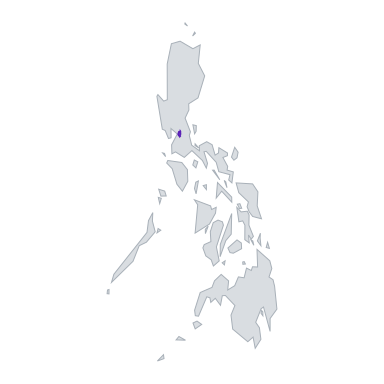 NCR, Second District, Quezon City, Philippines shown in context
{"feature_id": "2640588B12869096786612", "entity_name": "NCR, Second District", "entity_type": "district", "adm_level": 2, "iso_a3": "PHL", "parent_name": "Philippines", "parent_adm1": "Quezon City", "projection": "equal_earth", "projection_center": [121.081, 14.655], "detail": "fine", "context": "in_parent", "style": "filled", "palette": "violet", "viewbox_px": 384, "rotation_deg": 0, "n_neighbors": 0, "source": "geoboundaries", "source_scale": "gbopen_adm2", "svg_char_len": 4878}
<svg xmlns="http://www.w3.org/2000/svg" viewBox="0 0 384 384"><path d="M180.1,41.2L192.9,48.7L200.2,44.9L198.3,63.4L204.7,75.9L198.0,97.9L188.7,103.8L188.9,110.0L185.1,118.1L190.4,131.8L189.3,135.5L191.7,145.2L199.5,150.8L199.3,145.7L206.7,141.7L212.1,144.7L215.1,155.1L218.5,153.0L218.9,147.7L227.5,153.0L227.4,155.7L222.9,157.5L227.7,166.4L227.1,170.1L233.3,171.9L231.9,182.9L228.7,180.0L230.0,174.7L218.8,171.7L216.2,162.3L206.2,151.3L204.0,151.8L207.5,163.4L206.3,168.1L202.4,160.5L191.9,150.6L184.3,157.4L175.5,151.9L171.9,153.8L171.6,144.8L177.3,134.0L171.0,128.5L171.1,137.8L168.5,138.5L165.2,130.5L162.3,129.2L156.9,96.3L157.9,94.6L163.7,101.1L167.3,99.7L167.2,64.0L171.4,43.7L180.1,41.2ZM257.0,249.4L269.8,260.8L271.8,268.5L269.0,277.0L273.0,279.7L274.6,286.3L276.9,309.1L270.1,318.5L270.1,331.4L263.5,307.0L261.1,308.7L255.7,322.3L259.4,327.7L260.9,339.3L255.2,348.3L253.1,337.1L247.8,341.7L232.7,329.1L231.0,315.1L234.9,305.5L225.4,295.5L222.3,295.7L220.5,305.3L215.3,298.3L210.8,302.4L209.9,297.8L206.8,296.8L198.5,316.2L195.3,315.7L194.6,310.2L200.2,292.5L212.0,287.4L214.5,280.8L221.2,274.4L228.6,280.9L227.7,290.0L234.7,285.7L238.4,276.9L244.1,277.8L246.5,268.1L251.3,270.5L252.5,266.8L257.6,267.0L257.0,249.4ZM219.2,260.9L213.4,266.0L211.2,259.8L205.8,255.9L202.9,247.9L204.2,244.6L210.9,241.6L210.3,231.7L213.2,222.7L218.0,220.1L222.4,221.8L223.4,225.2L216.4,246.9L219.2,260.9ZM252.6,183.9L257.9,191.8L257.2,205.9L261.5,218.8L252.7,216.5L249.2,211.9L247.1,206.8L248.4,201.9L238.8,192.7L236.1,182.9L252.6,183.9ZM194.4,199.8L210.6,205.9L211.6,209.5L216.2,207.3L215.5,213.2L209.4,224.1L195.1,233.1L197.7,204.8L194.4,199.8ZM133.0,261.3L111.5,282.4L113.9,274.2L147.0,232.4L148.5,220.6L152.8,212.6L152.4,221.1L155.2,231.8L146.4,242.2L139.2,245.7L133.0,261.3ZM167.8,160.5L181.8,162.5L187.4,169.6L187.8,181.3L182.4,191.2L176.9,184.2L172.2,168.7L166.7,163.0L167.8,160.5ZM241.1,211.9L247.3,211.2L249.1,215.0L248.9,225.1L253.4,236.4L251.2,239.2L248.5,235.0L249.2,242.9L244.8,239.7L244.9,225.2L242.7,220.9L238.9,221.8L236.8,207.3L241.1,211.9ZM220.1,256.7L220.3,244.4L231.7,213.5L231.2,234.2L225.8,240.6L220.1,256.7ZM241.6,248.7L233.3,253.2L230.0,252.6L227.9,248.0L237.0,239.9L241.3,243.0L241.6,248.7ZM217.5,182.5L231.7,197.1L231.8,202.2L221.7,191.2L216.2,198.1L217.5,182.5ZM237.0,157.8L233.9,160.2L231.5,157.1L234.7,147.3L238.1,152.2L237.0,157.8ZM201.7,324.4L195.2,328.9L193.0,323.0L197.0,321.1L201.7,324.4ZM158.7,189.2L164.7,191.1L166.2,196.0L160.9,196.1L158.7,189.2ZM194.3,160.0L197.8,161.8L195.9,167.9L192.8,165.0L194.3,160.0ZM178.9,336.5L185.5,340.2L176.1,339.9L178.9,336.5ZM260.9,245.7L257.4,240.9L260.4,233.2L260.1,237.8L260.9,245.7ZM198.4,180.9L196.1,193.8L194.5,188.5L195.8,182.2L198.4,180.9ZM163.5,354.7L164.0,358.6L157.4,361.0L163.5,354.7ZM196.3,125.6L196.1,131.3L194.6,133.8L192.9,124.8L196.3,125.6ZM208.2,226.1L205.4,233.6L205.3,229.3L208.2,226.1ZM161.3,198.3L159.7,203.6L158.3,197.4L161.3,198.3ZM241.7,208.3L239.5,208.5L237.3,204.2L239.9,203.7L241.7,208.3ZM206.4,184.7L206.4,189.6L203.2,185.6L206.4,184.7ZM269.4,248.4L266.2,247.5L267.6,242.3L269.4,248.4ZM214.1,170.1L219.8,179.8L212.6,170.2L214.1,170.1ZM160.8,230.2L157.0,232.9L158.1,228.5L160.8,230.2ZM225.1,260.8L224.4,264.9L222.2,262.8L225.1,260.8ZM225.8,181.9L227.0,187.7L224.2,180.4L225.8,181.9ZM109.0,293.9L107.1,293.7L107.5,290.0L109.0,289.5L109.0,293.9ZM245.4,264.0L242.9,264.3L242.7,262.0L244.2,261.6L245.4,264.0ZM262.9,315.8L261.0,313.2L261.6,310.5L262.8,311.8L262.9,315.8ZM164.5,153.4L165.6,156.6L162.6,152.9L164.5,153.4ZM252.8,240.9L253.8,245.3L251.0,240.0L252.8,240.9ZM195.4,33.3L192.6,36.0L194.6,32.1L195.4,33.3ZM198.8,148.0L195.0,145.5L195.1,143.8L198.8,148.0ZM185.1,23.0L187.5,26.0L184.8,24.0L185.1,23.0Z" fill="#d9dde1" stroke="#a8b0b8" stroke-width="1"/><path d="M178.6,135.6L178.9,135.8L179.0,135.8L179.3,135.9L179.4,136.0L179.5,136.0L179.4,136.1L179.5,136.2L179.6,136.3L179.8,136.3L180.0,136.4L180.0,136.5L180.2,136.3L180.1,136.2L180.0,135.9L180.1,135.7L180.2,135.4L180.1,135.2L180.1,135.3L180.2,135.2L180.1,134.7L180.1,134.4L180.2,134.2L180.3,134.2L180.5,134.2L180.5,134.3L180.6,134.2L180.6,133.8L180.6,133.7L180.5,133.4L180.5,133.5L180.4,133.5L180.4,133.4L180.2,133.4L180.2,133.2L180.2,132.8L180.3,132.8L180.4,132.7L180.3,132.4L180.4,132.5L180.5,132.5L180.5,132.4L180.5,132.2L180.4,132.1L180.4,131.9L180.4,131.7L180.4,131.4L180.5,131.3L180.5,131.2L180.6,130.9L180.5,131.0L180.4,130.9L180.4,131.0L180.2,131.2L180.0,131.3L180.0,131.2L180.0,131.3L179.9,131.3L179.8,131.5L179.7,131.6L179.6,131.8L179.6,131.7L179.5,131.8L179.5,131.7L179.4,131.7L179.2,131.7L179.2,131.8L179.2,131.7L179.0,131.8L178.9,131.8L178.8,132.0L178.8,131.9L178.8,132.0L178.7,132.0L178.6,132.3L178.5,132.5L178.6,132.8L178.7,133.0L178.5,133.3L178.4,133.3L178.3,133.5L178.3,133.8L178.2,133.8L178.2,134.0L178.1,134.5L178.6,135.0L178.7,135.3L178.6,135.5L178.6,135.6Z" fill="#8b5cf6" stroke="#5b21b6" stroke-width="1.5"/></svg>